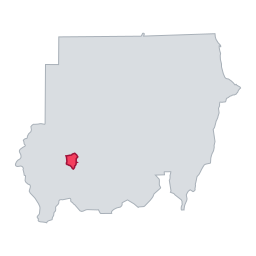 Kelemando, North Darfur, Sudan shown in context
{"feature_id": "16777658B85451496706557", "entity_name": "Kelemando", "entity_type": "district", "adm_level": 2, "iso_a3": "SDN", "parent_name": "Sudan", "parent_adm1": "North Darfur", "projection": "albers", "projection_center": [25.825, 13.072], "detail": "fine", "context": "in_parent", "style": "filled", "palette": "rose", "viewbox_px": 256, "rotation_deg": 0, "n_neighbors": 0, "source": "geoboundaries", "source_scale": "gbopen_adm2", "svg_char_len": 4418}
<svg xmlns="http://www.w3.org/2000/svg" viewBox="0 0 256 256"><path d="M184.1,209.9L181.5,210.0L181.2,209.3L181.2,207.7L181.4,206.4L182.3,204.3L182.0,203.2L182.1,201.7L181.4,199.9L175.0,194.9L173.8,193.5L170.4,192.3L171.0,190.9L169.3,180.3L169.9,179.1L170.1,177.2L170.0,175.6L170.7,172.9L170.8,171.7L164.3,171.8L164.2,173.0L164.5,174.3L164.5,174.8L155.4,175.1L159.2,179.2L159.4,181.0L159.3,183.2L159.3,184.7L159.6,185.6L160.6,187.5L160.6,187.8L160.3,188.3L154.0,193.9L153.0,196.5L152.1,197.9L150.3,200.2L144.5,206.2L143.5,206.6L139.0,206.9L138.6,207.1L138.2,207.4L134.1,203.9L127.5,199.9L123.3,202.1L122.1,202.9L122.1,204.9L121.5,206.0L120.3,207.1L117.1,207.8L115.5,208.5L113.5,209.6L111.6,211.5L111.5,212.5L111.7,213.4L100.7,213.5L100.0,212.8L98.4,209.7L97.2,209.9L87.2,209.6L85.8,209.9L82.9,211.2L81.5,211.4L80.0,210.8L74.7,204.7L73.6,204.0L72.4,202.5L71.2,201.8L70.9,201.4L70.7,200.7L70.8,199.4L70.4,198.5L69.6,198.3L62.5,199.8L61.5,199.6L60.0,199.8L59.5,200.1L58.9,200.9L58.8,202.6L58.6,203.4L58.1,204.3L56.0,206.4L55.6,207.3L55.7,209.6L55.5,210.8L55.2,211.3L54.3,212.2L54.0,212.7L53.6,215.6L52.5,217.4L52.3,218.0L52.2,219.3L52.0,219.7L48.8,220.7L47.6,221.3L46.8,222.3L46.7,222.8L45.3,222.4L43.5,222.1L40.2,221.8L38.8,221.3L38.2,220.6L38.4,218.8L38.1,218.4L37.6,218.1L37.2,217.4L37.3,216.4L39.1,214.4L39.5,213.3L40.0,208.1L39.8,206.6L38.5,203.7L35.3,198.6L34.5,197.6L30.6,193.5L30.1,192.9L29.2,191.1L30.3,187.3L30.4,186.3L30.1,185.2L29.1,184.4L28.2,184.3L27.0,183.2L26.3,182.7L25.6,181.8L25.1,180.6L25.5,176.1L25.3,175.5L24.3,175.3L24.1,175.0L24.1,174.1L23.6,171.6L23.0,169.5L23.4,168.3L22.5,166.7L20.9,166.0L17.7,166.5L16.7,166.3L16.1,166.0L15.6,165.4L15.4,164.8L15.6,163.7L16.5,161.8L17.7,160.3L20.0,158.9L20.6,158.1L21.0,157.3L21.0,156.3L20.9,155.3L20.7,154.4L20.0,153.1L19.4,151.7L19.4,150.7L19.7,150.0L20.3,149.2L22.6,147.5L24.9,146.2L25.3,145.7L25.2,145.1L24.2,144.0L23.9,141.8L23.3,140.2L24.5,139.1L25.3,138.7L26.7,138.4L27.2,137.9L27.4,137.0L27.4,136.1L27.9,135.4L28.5,134.0L29.1,133.4L30.8,131.8L31.2,130.7L31.4,129.7L30.9,126.6L32.0,125.3L33.3,124.3L35.1,124.3L38.0,124.1L40.0,123.7L41.4,123.7L44.6,124.3L44.9,124.1L45.1,123.3L45.5,64.5L58.6,64.6L58.8,36.9L140.7,36.2L141.4,36.0L142.6,33.4L143.1,33.2L144.0,33.4L144.3,34.0L143.6,36.1L215.0,33.7L215.3,36.9L216.0,39.3L218.2,42.9L220.0,44.7L220.7,45.8L220.8,46.3L220.7,46.7L220.1,46.2L219.2,45.9L219.2,47.6L219.8,51.0L220.6,53.4L220.2,55.7L220.4,59.5L221.5,64.0L221.5,66.9L223.3,73.7L224.9,77.4L225.8,78.3L226.7,78.7L228.5,79.0L231.1,80.8L233.2,82.7L234.0,83.7L235.0,84.9L235.7,84.6L236.1,84.3L236.8,85.2L240.1,87.1L240.6,88.0L239.5,89.0L238.3,90.6L237.7,92.2L237.4,92.6L236.3,93.6L236.2,94.1L235.7,94.4L235.2,94.4L234.2,95.0L233.2,94.9L232.2,95.2L231.8,95.6L231.0,95.9L230.0,96.2L228.3,97.5L226.9,98.2L226.4,98.7L225.8,101.2L225.3,101.9L223.1,102.1L222.0,102.3L220.6,102.1L219.9,102.2L219.7,102.7L219.5,104.9L219.6,105.8L218.5,108.3L219.1,112.9L218.0,116.4L217.9,117.2L216.8,119.9L216.2,121.0L214.9,126.1L214.4,127.7L213.2,129.4L215.0,141.6L214.1,145.4L214.2,147.4L213.6,150.5L213.0,151.9L212.1,153.6L211.4,155.6L210.8,158.1L210.5,162.8L210.2,163.2L206.4,164.0L205.1,164.4L204.3,164.9L203.4,166.2L201.5,169.5L200.5,171.6L199.0,174.4L197.1,176.5L196.8,177.5L196.5,179.2L195.9,182.1L195.3,184.1L195.5,185.7L195.0,188.5L195.1,189.9L194.5,190.7L193.6,191.4L193.0,191.6L190.2,189.8L188.3,191.2L187.2,193.0L186.3,194.9L187.0,198.7L186.9,199.6L186.7,200.5L185.0,204.4L184.5,206.1L184.0,209.2L184.1,209.9Z" fill="#d9dde1" stroke="#a8b0b8" stroke-width="1"/><path d="M66.0,155.9L66.5,157.4L66.9,161.4L66.7,162.4L66.7,162.6L66.4,162.9L66.4,163.5L66.4,163.9L66.4,164.0L66.5,164.1L66.8,164.2L66.9,164.3L67.0,164.3L67.3,164.4L67.3,164.5L67.5,164.5L67.8,164.7L68.0,164.8L68.3,164.9L68.5,165.0L68.8,165.2L68.9,165.3L69.1,165.4L69.3,165.4L69.5,165.4L69.8,165.4L70.3,165.7L70.3,165.8L70.5,166.0L70.9,166.3L71.1,166.5L71.4,166.8L71.6,167.1L71.9,167.6L72.1,168.1L72.3,168.3L72.5,168.4L72.5,168.5L72.8,168.7L72.9,168.8L73.0,168.9L73.1,169.0L73.3,169.1L73.8,168.6L74.4,167.7L74.6,167.3L74.6,166.5L74.7,166.0L75.4,165.5L76.0,164.3L76.1,163.5L76.2,162.8L76.5,162.6L77.0,162.4L76.6,162.2L76.2,162.0L76.2,159.6L76.3,158.6L77.8,156.9L77.0,155.6L76.8,155.1L75.9,154.3L74.8,153.3L74.6,153.3L74.2,153.5L73.8,153.6L73.2,153.8L72.3,154.1L72.0,154.6L71.3,155.1L70.7,155.2L70.3,155.2L70.0,155.2L68.5,155.5L66.2,155.9L66.0,155.9Z" fill="#f43f5e" stroke="#9f1239" stroke-width="1.5"/></svg>